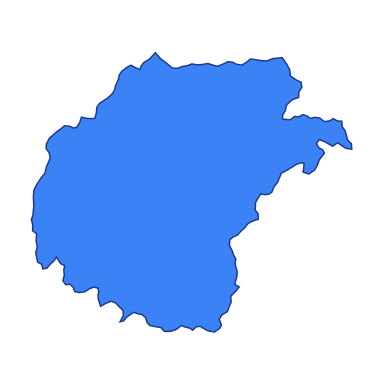 the district of São José do Rio Pardo, São Paulo, Brazil, rotated 177°
{"feature_id": "56859067B94240559052727", "entity_name": "São José do Rio Pardo", "entity_type": "district", "adm_level": 2, "iso_a3": "BRA", "parent_name": "Brazil", "parent_adm1": "São Paulo", "projection": "mercator", "projection_center": [-46.893, -21.597], "detail": "fine", "context": "isolated", "style": "filled", "palette": "blue", "viewbox_px": 384, "rotation_deg": 177, "n_neighbors": 0, "source": "geoboundaries", "source_scale": "gbopen_adm2", "svg_char_len": 2874}
<svg xmlns="http://www.w3.org/2000/svg" viewBox="0 0 384 384"><g transform="rotate(177 192 192)"><path d="M349.8,130.0L345.9,127.7L345.0,123.0L340.8,123.6L337.6,127.1L333.5,130.4L330.8,134.1L328.8,130.6L326.8,127.2L323.0,125.2L324.1,121.0L323.9,115.7L325.6,110.1L322.9,106.0L318.8,106.3L315.8,103.4L314.2,98.6L309.9,97.5L304.2,98.0L299.9,100.5L295.1,102.2L290.9,100.9L290.4,97.2L291.3,93.5L291.1,89.5L289.3,82.6L283.8,85.4L278.2,87.2L273.8,85.0L270.6,81.1L267.1,77.4L267.0,72.3L270.6,66.2L267.2,66.8L263.5,70.7L256.5,74.9L252.5,73.3L248.3,72.3L245.0,69.1L243.5,63.6L241.2,60.9L236.2,59.6L230.1,58.2L226.9,54.3L220.8,53.9L214.5,55.7L209.9,59.1L204.6,57.1L201.2,56.1L198.6,53.9L194.8,57.2L190.8,57.4L186.6,54.6L183.3,52.5L177.0,51.0L171.5,54.3L169.5,57.4L171.5,63.6L168.4,67.8L162.9,70.7L160.5,76.5L158.7,79.9L158.7,85.8L156.0,88.5L153.1,90.9L149.8,94.8L154.0,97.3L153.1,101.1L151.6,105.1L151.1,110.2L152.7,117.9L151.8,123.0L153.7,126.7L154.9,131.0L157.4,136.7L156.8,142.2L153.4,144.9L149.0,146.5L144.9,150.6L141.1,153.6L138.0,157.3L134.9,159.0L131.8,160.2L127.2,161.3L127.2,166.8L129.8,170.7L129.1,178.2L126.5,182.3L123.4,186.5L120.0,185.6L115.8,185.6L112.3,187.6L110.1,192.5L105.9,197.4L103.8,201.9L101.8,206.1L95.3,209.1L87.4,213.6L82.6,215.4L78.6,214.8L79.2,210.0L80.1,206.1L74.5,203.8L68.6,207.4L65.3,212.2L63.3,217.4L60.4,220.7L57.7,224.0L59.6,227.6L62.6,229.1L65.2,233.6L62.4,237.6L57.7,235.8L53.1,232.9L49.1,230.3L44.0,233.6L40.0,230.5L36.2,227.6L30.2,226.4L30.3,231.9L33.8,235.6L34.7,240.1L35.9,245.1L38.6,249.5L38.7,254.8L43.1,255.4L47.1,257.9L50.8,255.7L56.4,255.4L60.6,259.3L65.7,260.1L70.1,259.3L73.3,262.1L77.4,263.4L81.6,261.4L85.5,262.1L90.4,258.9L94.5,259.6L97.9,260.3L97.4,264.2L94.6,268.3L93.2,273.6L88.8,277.7L85.2,279.6L80.6,280.8L80.1,286.3L76.8,290.9L77.3,295.9L81.6,298.1L87.7,302.8L88.0,308.8L90.8,314.8L94.8,321.4L104.1,321.0L110.4,319.0L115.1,319.4L120.7,320.6L126.5,321.8L131.0,318.5L135.6,316.1L141.1,317.3L144.7,319.5L149.5,320.3L152.7,318.7L157.1,317.1L160.6,316.3L165.1,317.9L169.6,319.5L173.3,319.0L176.8,318.7L180.4,318.8L185.5,319.9L189.7,318.5L195.7,317.7L199.7,316.3L205.2,316.8L211.3,322.6L216.4,326.7L221.3,333.0L227.6,326.9L233.0,324.0L236.2,320.6L237.4,317.1L241.6,318.9L246.2,321.8L249.8,320.3L255.8,316.3L258.5,312.6L259.8,307.7L262.7,302.4L264.0,297.9L266.7,294.0L272.4,289.5L275.5,287.9L280.0,285.1L282.6,281.6L283.3,276.4L285.1,270.6L288.6,270.6L292.4,270.9L298.5,272.5L300.4,267.5L303.7,262.8L307.0,262.0L310.4,264.0L315.8,264.8L320.1,261.6L323.9,259.3L326.6,257.1L331.4,253.4L334.9,247.6L335.4,243.2L332.4,238.1L331.9,233.6L333.4,229.9L335.9,225.2L337.8,218.6L341.6,214.5L346.8,207.4L349.8,202.2L350.7,194.8L350.7,186.2L351.6,180.6L352.1,176.8L353.8,173.1L352.8,167.6L353.2,161.6L349.3,158.4L350.3,151.4L349.5,147.3L349.8,143.3L351.2,140.1L350.6,135.0L349.8,130.0Z" fill="#3b82f6" stroke="#1e3a8a" stroke-width="1.5"/></g></svg>